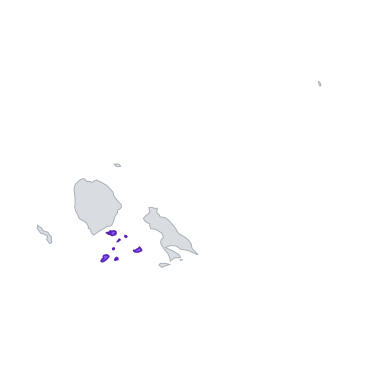 Lomaiviti, Eastern, Fiji (highlighted), rotated 70°
{"feature_id": "14151628B20319301670654", "entity_name": "Lomaiviti", "entity_type": "district", "adm_level": 2, "iso_a3": "FJI", "parent_name": "Fiji", "parent_adm1": "Eastern", "projection": "natural_earth1", "projection_center": [179.092, -17.678], "detail": "fine", "context": "in_parent", "style": "filled", "palette": "violet", "viewbox_px": 384, "rotation_deg": 70, "n_neighbors": 0, "source": "geoboundaries", "source_scale": "gbopen_adm2", "svg_char_len": 6710}
<svg xmlns="http://www.w3.org/2000/svg" viewBox="0 0 384 384"><g transform="rotate(70 192 192)"><path d="M183.3,265.6L183.3,267.7L184.5,268.6L185.6,268.7L188.6,272.7L193.1,276.2L195.8,278.8L196.0,281.0L195.2,283.4L196.3,287.7L196.9,292.1L198.9,299.1L196.1,300.4L191.6,300.6L190.6,301.9L189.1,301.2L185.4,301.7L181.9,304.0L178.5,307.1L174.7,307.1L170.3,307.8L166.0,307.4L162.9,305.7L157.5,303.9L150.3,302.3L147.4,301.0L144.9,299.0L142.5,293.8L142.2,291.3L142.5,288.8L144.6,288.0L146.4,286.8L146.6,285.2L147.4,284.0L148.4,283.6L148.9,282.9L148.2,280.2L148.0,277.9L152.2,273.5L156.7,269.8L164.7,266.4L169.6,266.7L177.2,264.0L179.6,262.8L182.0,263.5L183.3,265.6ZM252.4,208.7L246.3,214.9L244.1,218.2L242.3,221.8L237.1,225.6L234.9,230.8L235.1,236.0L240.2,230.6L246.0,226.1L247.8,225.2L249.6,225.2L249.5,226.8L248.6,228.3L248.0,232.2L249.5,235.9L245.2,235.5L240.9,235.8L235.9,237.9L230.9,238.8L229.1,238.8L227.3,238.1L226.1,237.1L225.2,234.6L224.3,234.3L220.3,234.4L214.4,239.2L212.5,243.3L210.2,243.4L207.5,242.6L204.3,245.7L200.4,246.8L198.7,244.2L197.7,240.9L196.3,238.5L192.0,237.9L192.7,235.0L193.8,233.8L194.8,232.1L195.5,230.1L197.5,231.4L199.6,232.2L201.9,230.7L204.4,230.5L206.8,226.2L210.6,223.5L215.9,221.4L221.2,219.8L224.0,219.5L226.7,218.6L231.3,214.6L234.4,212.5L237.8,211.2L241.0,210.5L243.9,211.2L246.3,210.8L252.4,207.9L252.4,208.7ZM191.7,341.4L191.7,343.4L186.6,344.8L184.8,343.1L183.7,342.8L180.6,345.8L179.8,347.0L179.5,347.9L178.7,348.4L173.0,349.8L170.5,348.4L172.2,347.4L174.3,345.5L176.3,345.8L178.4,343.9L180.5,341.2L183.5,340.6L185.6,339.5L189.0,340.3L191.7,341.4ZM252.4,246.2L249.4,248.0L248.3,246.3L249.6,242.1L252.4,237.8L252.4,241.3L252.4,246.2ZM226.2,300.1L225.9,300.5L222.4,296.7L222.5,295.2L223.1,293.9L224.5,292.6L225.8,294.8L226.8,298.4L226.2,300.1ZM205.3,282.5L203.2,283.3L202.1,280.4L203.7,277.5L205.4,277.3L206.3,280.2L205.3,282.5ZM229.2,265.3L227.8,266.6L227.2,260.1L228.6,260.1L229.6,260.8L230.2,262.5L229.2,265.3ZM141.3,254.9L139.2,255.7L140.3,252.0L141.5,250.8L142.2,250.5L143.4,250.3L142.9,252.9L141.3,254.9ZM136.2,35.5L134.6,36.0L132.1,35.6L131.6,34.9L132.4,34.7L134.0,34.2L136.1,34.5L136.4,34.9L136.2,35.5ZM252.4,226.2L251.9,226.3L251.8,225.4L252.4,223.8L252.4,226.2Z" fill="#d9dde1" stroke="#a8b0b8" stroke-width="1"/><path d="M224.5,292.5L224.1,292.2L223.9,292.2L223.4,292.3L222.7,292.9L222.7,293.1L222.5,293.3L222.4,293.3L222.0,293.2L221.9,293.3L221.8,293.5L222.0,293.7L222.2,294.1L222.1,294.4L222.1,294.6L221.8,294.8L221.6,295.1L221.5,295.4L221.6,296.0L221.5,296.6L221.7,296.9L221.9,297.1L222.2,297.4L223.6,297.6L223.9,297.8L224.0,297.8L224.1,298.0L224.3,298.1L224.5,298.5L224.5,298.8L224.6,299.2L224.4,299.3L224.7,299.5L224.9,300.0L225.1,300.3L225.2,300.7L225.3,300.7L225.9,300.9L226.2,301.0L226.3,300.8L226.4,300.7L226.6,300.5L226.7,300.4L226.8,300.1L227.0,299.8L227.0,299.2L226.9,299.0L226.8,298.9L226.9,298.7L226.9,298.4L226.8,298.2L226.6,298.0L226.6,297.9L226.6,297.5L226.5,297.3L226.3,297.2L226.4,296.9L226.3,296.6L226.3,296.3L226.3,296.2L226.2,296.0L226.1,295.8L225.9,295.4L225.9,295.1L225.6,294.7L225.4,294.5L225.3,294.1L225.2,293.9L225.1,293.6L224.9,293.3L224.9,293.2L224.6,292.9L224.5,292.5ZM229.7,259.4L229.5,259.2L229.2,259.1L228.9,259.2L228.7,259.3L228.7,259.5L228.2,259.5L227.9,259.5L227.5,259.6L227.0,259.7L226.5,260.1L226.3,260.1L226.0,260.1L225.9,260.1L225.9,260.3L226.0,260.5L226.6,261.4L226.7,261.6L226.6,261.9L226.8,262.5L227.0,262.9L226.9,263.6L227.1,264.2L227.2,264.3L227.2,264.5L227.3,264.7L227.3,265.0L227.3,265.3L227.3,265.7L227.1,266.1L227.1,266.4L226.9,266.8L227.1,266.9L227.4,266.9L227.9,266.7L228.3,266.4L228.7,266.1L229.0,265.8L229.2,265.1L229.5,264.6L229.5,264.2L230.0,263.2L230.0,262.9L230.0,262.3L230.0,262.2L230.0,261.9L229.9,261.3L229.9,260.4L229.9,260.0L229.8,259.5L229.7,259.4ZM203.9,277.2L203.9,277.3L203.7,277.3L203.4,277.2L203.2,277.4L202.8,277.5L202.7,277.6L202.6,277.8L202.4,277.8L202.4,278.0L202.5,278.1L202.4,278.2L202.4,278.3L202.2,278.3L201.9,278.5L201.7,278.7L201.6,279.2L201.6,279.6L201.8,280.1L201.8,280.4L201.9,280.6L202.0,281.6L202.3,282.0L202.2,282.1L202.4,282.3L202.5,282.6L202.7,282.8L202.8,282.7L202.9,282.9L203.0,283.0L202.7,283.1L202.8,283.3L202.9,283.5L203.0,283.5L203.2,283.3L203.3,283.2L203.8,283.0L203.8,282.9L203.9,282.5L204.1,282.4L204.2,282.5L204.3,282.7L204.5,282.9L205.0,282.7L205.2,282.4L205.2,282.2L205.6,281.9L205.7,281.7L205.6,281.0L205.7,280.7L205.7,280.4L205.6,280.0L205.5,279.9L205.5,279.6L205.4,279.3L205.3,279.1L205.3,278.8L205.2,278.8L205.3,278.7L205.2,278.7L205.0,278.4L205.0,278.2L204.9,278.2L204.8,277.9L204.9,277.6L204.6,277.5L204.4,277.4L203.9,277.2ZM229.5,284.6L229.1,284.5L228.3,284.8L228.2,284.8L228.1,284.6L227.9,284.7L227.9,284.8L227.8,285.0L227.7,285.1L227.7,285.3L227.7,285.5L227.9,285.9L228.0,286.0L228.1,285.9L228.3,286.2L228.2,286.4L228.1,286.6L228.3,286.9L228.6,287.0L228.8,287.3L229.0,287.6L229.3,287.8L229.5,287.8L229.8,287.7L230.0,287.2L230.1,286.9L229.9,286.7L229.7,286.5L229.6,286.3L229.5,286.0L229.6,285.8L229.5,285.7L229.4,285.6L229.5,285.3L230.0,285.0L230.2,284.9L230.1,284.7L229.7,284.7L229.5,284.6ZM202.6,285.3L202.8,285.2L203.1,284.8L203.1,284.4L202.8,284.2L202.6,284.1L202.2,283.7L202.0,283.3L201.7,283.2L201.2,282.3L200.9,281.5L200.6,281.9L200.6,282.2L200.9,282.9L201.1,283.2L201.3,283.5L201.4,283.8L201.5,284.4L201.7,284.8L202.3,285.1L202.5,285.3L202.6,285.3ZM212.4,276.2L212.2,276.0L212.1,275.9L211.9,276.1L211.7,276.2L211.4,276.4L211.4,276.6L211.7,277.1L211.8,277.4L212.0,277.5L212.4,277.8L212.6,277.9L212.6,278.0L212.8,278.1L212.6,278.3L212.7,278.5L212.8,278.7L213.0,278.7L213.1,278.9L213.2,278.6L213.0,278.4L213.1,278.2L212.9,278.1L212.8,277.9L212.8,277.6L212.7,277.6L212.7,277.4L212.7,277.2L212.6,276.9L212.5,276.7L212.5,276.4L212.5,276.2L212.4,276.2ZM218.3,284.2L218.1,284.3L217.9,284.4L217.7,284.6L217.7,284.8L217.8,285.0L218.0,285.1L218.1,285.3L218.0,285.5L217.9,285.5L217.9,285.9L218.1,286.0L218.3,285.9L218.4,286.0L218.5,286.0L218.6,285.7L218.4,285.5L218.3,285.4L218.5,285.3L218.6,285.5L218.6,285.8L218.9,286.0L219.0,286.0L219.1,285.7L219.3,285.4L219.3,285.0L219.0,284.8L218.9,284.6L218.7,284.4L218.3,284.2ZM211.8,268.7L211.6,268.5L211.4,268.7L211.2,268.7L211.2,268.9L210.5,268.9L210.5,269.2L210.4,269.4L210.2,269.4L210.1,269.6L210.3,269.6L210.3,269.9L210.6,270.0L210.8,270.3L211.1,270.2L211.3,270.2L211.5,270.1L211.6,269.8L211.8,269.6L211.8,269.4L211.9,269.1L211.7,269.0L212.0,268.9L211.9,268.8L211.8,268.7ZM203.4,284.4L203.5,284.3L203.6,284.2L203.6,283.9L203.2,283.8L203.1,284.0L203.2,284.3L203.4,284.4ZM201.1,286.4L201.3,286.3L201.3,286.2L201.1,286.0L200.9,286.2L200.9,286.3L201.0,286.4L201.1,286.4ZM201.4,285.4L201.5,285.3L201.5,285.2L201.4,285.1L201.2,285.3L201.3,285.4L201.4,285.4Z" fill="#8b5cf6" stroke="#5b21b6" stroke-width="1.5"/></g></svg>